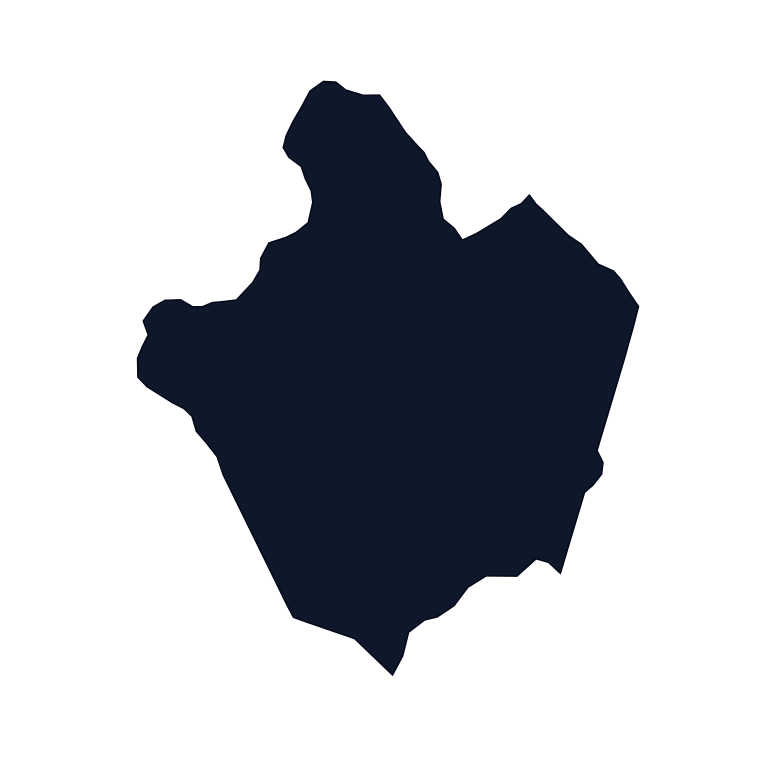 Campo Limpo de Goiás, Goiás, Brazil (Equal Earth projection), rotated 207°
{"feature_id": "56859067B68414338718028", "entity_name": "Campo Limpo de Goiás", "entity_type": "district", "adm_level": 2, "iso_a3": "BRA", "parent_name": "Brazil", "parent_adm1": "Goiás", "projection": "equal_earth", "projection_center": [-49.088, -16.284], "detail": "fine", "context": "isolated", "style": "filled", "palette": "ink", "viewbox_px": 768, "rotation_deg": 207, "n_neighbors": 0, "source": "geoboundaries", "source_scale": "gbopen_adm2", "svg_char_len": 1299}
<svg xmlns="http://www.w3.org/2000/svg" viewBox="0 0 768 768"><g transform="rotate(207 384 384)"><path d="M244.3,128.6L243.9,150.2L249.4,174.1L240.6,192.3L230.8,200.7L220.9,218.4L217.0,241.0L205.9,259.4L178.3,273.2L169.1,297.3L156.5,299.8L140.9,295.4L156.1,378.5L151.9,388.8L149.2,402.6L153.2,413.4L164.0,421.5L181.0,514.2L188.0,548.9L192.4,568.6L207.2,576.7L221.3,585.1L230.8,588.8L247.6,588.0L271.6,598.1L287.5,600.1L301.2,604.5L321.4,610.9L330.3,613.3L340.2,618.3L343.5,607.0L350.4,598.3L354.8,584.3L369.8,560.2L379.5,547.7L392.1,554.6L406.2,557.8L417.2,571.8L423.8,588.0L432.2,596.9L445.4,602.5L453.4,608.4L462.6,611.6L479.0,617.8L494.6,626.6L504.5,632.3L519.1,639.4L533.5,631.8L551.5,628.6L564.1,631.1L575.3,626.1L582.9,611.6L583.3,592.4L584.2,577.4L583.9,561.0L581.1,548.9L571.6,542.8L556.6,540.3L547.3,531.2L536.5,523.1L529.9,513.5L524.8,493.3L531.2,479.1L537.8,470.2L550.6,457.4L550.9,440.0L546.2,429.2L547.1,414.6L553.7,391.8L564.7,384.4L574.0,378.5L580.9,370.4L589.5,365.9L603.4,366.7L617.2,359.1L624.7,347.7L627.1,330.8L616.3,320.7L616.3,307.9L615.3,295.1L606.4,278.4L593.8,274.0L564.1,271.3L551.0,271.3L540.5,268.1L529.7,256.7L514.9,250.6L499.7,243.5L486.2,230.2L370.2,143.1L358.8,135.0L343.8,136.9L294.6,143.8L244.3,128.6Z" fill="#0f172a" stroke="#020617" stroke-width="1.5"/></g></svg>